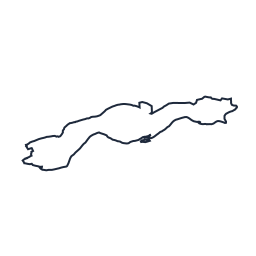 outline of Saf, Al Jizah, Egypt, rotated 252°
{"feature_id": "37247803B22185494316404", "entity_name": "Saf", "entity_type": "district", "adm_level": 2, "iso_a3": "EGY", "parent_name": "Egypt", "parent_adm1": "Al Jizah", "projection": "robinson", "projection_center": [31.294, 29.62], "detail": "fine", "context": "isolated", "style": "outline", "palette": "slate", "viewbox_px": 256, "rotation_deg": 252, "n_neighbors": 0, "source": "geoboundaries", "source_scale": "gbopen_adm2", "svg_char_len": 5196}
<svg xmlns="http://www.w3.org/2000/svg" viewBox="0 0 256 256"><g transform="rotate(252 128 128)"><path d="M126.5,18.5L126.3,19.1L124.9,21.5L123.9,23.5L123.7,25.4L122.2,26.0L120.7,28.3L119.3,30.8L118.3,32.2L118.3,32.3L118.2,32.6L117.8,34.2L117.2,33.9L117.6,32.9L117.7,31.8L116.4,32.3L114.8,33.6L114.0,35.4L113.6,36.1L113.5,36.3L113.0,37.3L112.7,39.6L111.7,42.7L111.4,45.3L111.2,47.8L111.0,50.0L111.0,52.3L110.8,54.6L110.6,55.9L110.4,57.6L110.8,58.5L111.7,59.3L112.8,60.4L114.5,61.7L115.8,62.7L116.5,63.2L117.7,64.3L118.7,65.5L119.6,68.3L120.9,70.4L121.9,72.7L122.7,74.5L123.4,76.0L124.6,77.8L125.6,79.3L126.6,81.0L127.3,83.0L128.9,85.2L129.7,86.3L131.4,88.9L132.0,90.6L132.4,92.6L132.5,93.3L132.5,94.6L132.8,97.2L132.8,97.3L132.7,99.1L131.7,100.1L129.4,103.3L127.6,105.4L126.3,105.7L125.1,106.4L124.8,106.8L124.1,107.7L123.0,108.8L121.7,109.7L120.8,111.3L120.0,112.5L119.3,113.3L118.6,114.1L118.3,114.9L117.5,116.3L115.8,117.8L115.1,118.9L113.8,121.7L113.4,123.1L113.4,124.1L114.0,125.9L114.0,127.7L114.0,129.0L113.6,130.6L113.5,132.4L113.4,134.3L113.8,135.6L114.1,137.3L114.7,139.2L114.6,140.4L114.5,140.9L114.5,141.4L114.2,142.3L114.2,143.1L114.1,143.6L114.1,144.9L114.1,145.5L114.6,146.5L114.6,146.8L114.0,146.8L113.7,146.1L113.6,145.4L113.4,144.1L113.5,143.5L114.0,142.0L113.8,141.0L113.4,142.1L113.3,142.5L112.0,144.9L111.2,146.9L111.3,148.3L111.5,149.5L111.9,150.9L112.6,152.8L113.2,154.6L113.2,154.8L114.3,157.5L114.3,159.0L114.8,160.7L115.1,162.2L115.7,163.7L116.7,165.8L117.0,167.6L118.1,169.4L119.3,171.2L120.2,172.8L120.8,174.5L121.1,176.3L121.0,177.5L121.0,179.8L121.0,182.2L120.8,185.5L120.6,186.2L120.3,187.2L119.2,188.4L118.0,189.4L115.9,190.9L114.2,192.5L112.7,195.0L112.3,196.2L112.1,197.4L111.7,198.1L111.2,198.4L110.8,198.1L111.2,197.4L111.5,196.6L110.3,197.3L109.6,198.3L109.1,199.1L108.6,200.2L108.3,201.3L108.1,202.4L107.7,203.4L107.1,204.2L107.1,204.9L106.8,205.6L106.4,207.1L105.8,208.6L105.8,209.8L105.8,210.7L106.3,212.2L106.7,213.5L106.9,214.9L106.8,215.8L106.3,217.0L105.6,218.2L103.7,220.8L102.8,221.8L102.7,222.8L103.0,222.9L103.8,223.2L104.0,223.2L104.8,223.0L106.0,222.8L106.9,222.6L107.2,222.7L108.4,223.1L109.6,223.5L109.9,223.7L110.0,223.9L110.7,224.7L110.8,224.9L111.3,225.9L111.4,226.8L111.7,228.2L111.9,229.7L111.9,231.8L111.8,232.3L111.9,232.8L112.2,234.1L112.3,234.5L112.3,235.1L112.7,235.7L112.7,236.0L113.6,237.2L113.7,237.7L113.9,237.9L114.5,238.2L115.6,237.9L115.9,237.7L116.2,236.7L116.3,236.4L116.6,235.8L116.8,235.3L117.4,234.6L117.8,234.2L118.0,233.9L119.3,233.8L120.0,233.7L120.4,233.9L120.6,234.0L121.2,234.2L121.6,234.3L122.1,234.4L122.6,234.5L122.9,234.6L124.1,235.0L124.3,231.8L126.0,228.6L127.1,226.6L125.7,224.5L129.2,218.7L129.4,217.8L130.2,216.7L131.5,216.2L131.7,215.6L132.0,214.7L132.7,213.4L134.0,211.1L134.0,210.2L132.9,207.4L133.1,206.0L133.4,202.3L130.9,200.5L130.1,197.6L130.4,197.3L133.1,194.5L134.3,189.4L135.6,185.6L137.6,179.5L137.9,178.6L138.6,174.4L137.8,171.5L137.3,168.8L136.5,167.1L136.0,164.1L135.5,161.3L134.9,157.8L134.2,154.9L134.8,154.0L135.1,154.9L135.1,155.0L135.2,155.5L141.5,157.3L145.7,153.6L148.3,149.6L148.5,146.6L144.0,145.4L144.4,145.0L146.1,142.9L147.2,141.2L147.4,140.7L147.5,140.0L148.2,139.2L148.7,138.7L149.7,137.0L151.2,133.8L151.6,132.9L152.3,130.9L152.8,128.4L152.9,127.1L153.1,126.2L153.2,125.8L153.3,124.0L153.2,122.2L153.2,120.2L153.2,119.8L152.5,114.9L152.1,112.7L151.1,111.0L149.8,108.0L149.3,106.8L148.8,105.7L148.7,104.3L148.7,103.7L148.7,102.8L148.7,102.0L149.0,100.1L149.5,98.3L149.7,97.3L149.8,96.3L149.5,95.3L149.3,93.6L149.5,92.9L149.7,92.3L149.8,91.8L149.8,91.4L149.7,90.1L149.9,87.9L150.0,84.1L150.0,83.4L149.9,81.7L150.1,80.7L150.1,80.2L149.9,79.8L149.9,79.2L150.2,78.8L150.2,78.3L150.2,77.5L150.2,76.7L150.4,74.8L150.6,74.0L150.4,73.6L150.1,72.6L149.9,71.8L149.3,70.5L148.9,69.8L148.8,69.4L148.3,68.3L148.1,67.8L147.6,67.3L146.5,66.6L146.2,65.9L145.4,65.1L143.9,64.7L142.6,63.2L141.4,61.5L141.1,60.9L141.1,60.0L141.1,59.2L141.5,58.9L141.9,58.2L141.9,57.3L143.1,56.0L143.6,54.0L143.8,52.3L144.2,49.9L144.7,47.9L144.6,46.5L144.7,44.5L144.9,42.5L145.0,39.8L144.8,37.1L144.6,34.8L144.7,32.8L144.6,31.2L144.5,30.1L144.0,29.1L143.9,28.9L143.7,28.1L143.4,27.0L143.5,26.0L143.5,25.7L143.3,25.7L143.2,25.8L142.6,26.0L142.2,26.1L142.0,25.5L141.5,25.7L139.8,26.1L138.7,26.4L138.7,26.5L138.7,27.1L138.7,28.6L138.7,29.3L138.6,30.2L137.4,30.4L136.9,30.4L135.5,30.6L135.3,29.6L135.1,28.7L134.7,28.7L133.9,28.3L133.3,27.8L133.2,27.7L132.5,27.7L132.1,27.7L131.5,27.7L131.5,27.3L131.5,27.1L131.4,26.8L131.4,26.5L131.2,26.0L131.1,25.5L131.0,25.0L130.9,24.5L130.9,24.2L130.8,23.7L130.8,23.3L130.8,22.8L130.8,22.5L130.7,22.2L130.7,21.7L130.5,21.8L130.5,21.7L130.5,21.4L130.5,21.0L130.4,20.5L130.4,20.3L130.4,20.1L130.4,19.9L130.3,19.7L130.2,19.4L130.2,19.2L130.1,18.9L130.0,18.7L129.9,18.5L129.8,18.4L129.8,18.2L129.6,17.8L129.4,17.9L129.2,17.9L129.0,18.0L128.7,18.1L128.2,18.2L128.0,18.3L127.8,18.3L127.6,18.4L127.3,18.4L127.1,18.4L126.6,18.5L126.5,18.5ZM109.1,142.4L109.1,144.8L110.5,144.4L110.6,143.8L110.7,142.8L111.4,141.2L111.5,140.7L111.9,140.1L111.5,139.5L111.9,137.7L111.4,136.1L110.6,136.2L110.5,137.0L110.3,137.7L109.2,140.1L109.1,142.4Z" fill="none" stroke="#1e293b" stroke-width="2"/></g></svg>